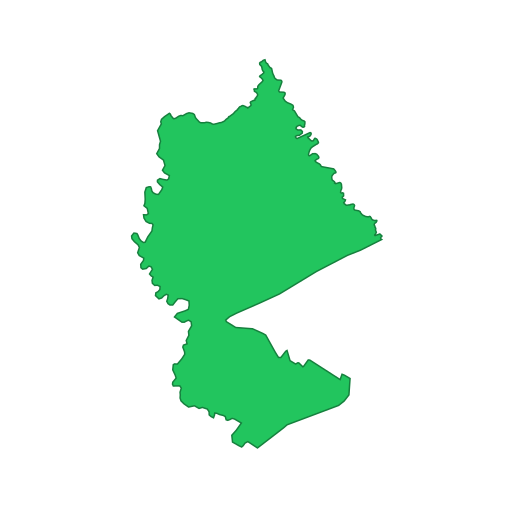 Arbolito, Cerro Largo, Uruguay (Mercator projection), rotated 215°
{"feature_id": "84410073B155313044366", "entity_name": "Arbolito", "entity_type": "district", "adm_level": 2, "iso_a3": "URY", "parent_name": "Uruguay", "parent_adm1": "Cerro Largo", "projection": "mercator", "projection_center": [-54.143, -32.623], "detail": "fine", "context": "isolated", "style": "filled", "palette": "green", "viewbox_px": 512, "rotation_deg": 215, "n_neighbors": 0, "source": "geoboundaries", "source_scale": "gbopen_adm2", "svg_char_len": 6141}
<svg xmlns="http://www.w3.org/2000/svg" viewBox="0 0 512 512"><g transform="rotate(215 256 256)"><path d="M162.5,341.6L163.6,341.6L164.5,342.5L164.5,343.0L164.1,344.1L164.4,344.7L167.2,345.1L169.9,341.3L170.3,341.0L170.7,341.1L170.9,341.4L170.7,342.3L171.0,344.4L173.2,345.9L173.3,346.6L173.7,347.2L174.2,347.6L174.9,347.7L175.5,348.5L177.1,349.3L177.4,350.2L177.5,350.8L176.9,352.4L177.1,354.0L177.4,354.4L178.0,354.2L178.9,353.2L181.3,352.4L182.4,352.6L183.2,353.1L185.0,353.8L185.7,353.6L186.5,352.4L189.0,351.2L192.3,350.7L193.0,350.8L195.2,351.4L196.0,352.0L197.2,352.0L198.1,351.8L201.4,350.3L202.2,350.3L203.0,350.9L203.6,351.9L203.9,353.1L204.3,354.0L205.0,354.3L205.8,354.4L206.6,354.0L208.2,352.3L208.3,351.8L209.5,350.9L210.0,350.3L211.2,349.3L212.4,349.5L213.6,349.4L214.8,350.1L214.5,351.2L214.6,352.3L214.9,353.3L218.1,352.7L219.1,353.7L218.7,355.5L220.3,357.6L221.4,357.4L221.8,356.8L222.2,356.5L223.2,356.6L224.1,358.4L224.3,359.8L224.9,361.1L227.2,363.8L228.4,364.4L229.5,364.3L232.1,361.1L232.6,360.8L233.4,360.8L233.4,361.4L234.3,361.8L237.3,362.0L238.9,363.6L239.7,365.0L239.7,366.8L239.4,368.8L238.8,369.3L238.4,370.0L238.5,370.4L239.2,371.0L241.4,371.7L242.4,371.9L253.4,366.9L254.2,366.9L255.5,367.6L256.9,367.8L259.9,367.4L261.4,367.5L262.3,367.9L261.8,370.0L261.0,371.3L260.8,372.1L261.1,372.9L262.0,373.5L264.6,374.2L266.1,373.9L268.3,372.3L269.5,368.9L270.0,368.6L270.5,368.6L271.2,369.2L272.0,371.1L272.6,373.2L272.9,375.7L272.4,377.8L270.4,382.6L270.0,383.0L269.8,384.6L270.3,385.1L272.4,386.3L273.4,386.6L275.0,386.4L275.4,386.0L275.2,383.3L276.1,382.3L276.9,382.1L281.4,382.7L281.9,383.2L281.0,384.3L280.6,385.2L280.6,387.0L281.1,388.0L281.9,388.4L282.6,388.0L289.6,375.9L290.3,375.6L291.5,375.9L292.1,376.3L292.2,376.6L291.7,378.0L289.7,379.8L288.6,383.2L289.4,384.6L291.5,385.0L293.4,383.7L293.6,383.4L293.9,383.2L296.0,383.1L296.6,383.5L296.8,384.0L296.6,384.3L297.0,385.3L296.0,387.2L295.3,388.0L294.5,388.5L293.2,388.2L291.4,388.4L290.7,389.1L290.6,390.2L291.4,391.0L291.6,391.5L291.6,392.0L292.9,394.0L294.1,394.2L295.8,393.7L297.6,393.7L299.7,394.3L301.5,394.1L307.7,396.9L309.5,396.8L310.1,397.0L310.5,399.1L311.3,400.0L312.2,400.6L314.3,400.5L318.4,399.6L320.8,399.6L323.6,400.6L324.4,401.0L324.8,404.8L325.6,406.2L327.0,406.2L330.8,403.8L331.5,404.0L332.2,404.3L334.5,413.1L334.9,413.8L335.6,414.2L336.2,414.3L337.1,413.9L338.9,412.7L339.8,412.3L342.2,412.4L343.1,412.7L344.9,414.0L345.6,414.3L347.2,415.3L350.7,418.5L351.9,418.6L352.3,418.3L355.2,419.2L356.8,420.1L358.0,419.9L359.5,420.5L361.2,421.9L362.3,420.5L362.8,418.4L363.6,417.2L363.7,416.1L362.7,415.0L360.1,414.5L357.8,412.3L356.5,411.5L355.3,411.4L354.7,410.5L355.3,407.8L356.1,406.0L355.9,405.0L353.9,404.9L352.2,404.5L350.9,403.8L350.9,402.3L351.8,398.3L351.9,396.6L351.7,395.7L350.9,394.6L350.9,393.8L351.4,393.2L353.4,391.8L353.3,391.4L352.2,390.6L351.7,390.0L350.1,390.2L348.8,390.0L347.4,389.3L347.0,388.9L346.7,387.2L346.9,385.9L346.6,385.3L347.0,384.6L346.3,382.8L347.2,382.1L348.7,379.4L348.8,379.0L348.7,378.4L346.8,377.1L346.5,376.6L346.6,375.5L346.9,374.9L347.6,372.6L347.9,372.4L348.5,372.7L349.7,372.3L350.8,372.3L352.0,372.0L353.1,371.7L353.8,370.9L354.0,370.1L354.8,369.1L355.1,367.7L354.9,367.0L355.3,365.6L355.1,365.1L355.9,362.5L356.2,359.6L357.8,354.9L358.2,354.6L358.2,354.1L358.0,353.9L358.1,353.0L358.9,350.7L359.2,348.5L360.9,345.5L362.4,344.1L363.7,342.4L366.2,339.6L367.3,339.1L369.6,338.9L371.8,338.0L373.5,337.0L374.6,335.6L377.6,333.5L379.1,333.2L383.7,334.2L385.1,334.7L387.6,336.5L389.6,336.5L393.0,334.9L394.6,332.8L396.4,328.9L398.1,328.1L399.4,326.3L400.8,322.8L402.0,321.3L403.5,321.4L405.3,322.0L406.5,322.2L406.9,322.8L407.9,323.2L408.8,323.2L410.9,317.6L411.8,313.8L411.0,311.3L409.3,309.9L408.5,302.2L400.0,295.2L398.9,291.9L396.7,288.7L396.0,282.9L392.3,281.6L386.8,281.5L382.4,277.9L381.8,272.6L378.6,271.6L373.1,272.2L371.8,269.0L372.5,267.1L376.4,265.3L379.1,264.3L380.2,261.6L379.3,260.2L375.8,259.3L372.0,259.0L371.2,256.4L371.2,250.5L373.4,249.2L376.6,248.8L378.6,249.5L380.4,251.2L382.0,252.2L383.3,251.4L385.1,249.1L383.7,244.6L379.3,238.9L377.2,235.4L376.6,232.9L372.4,232.6L368.5,229.0L369.2,226.9L371.8,225.3L369.5,222.8L365.8,221.2L362.0,221.7L359.9,223.0L358.2,222.5L357.1,219.7L355.6,216.8L355.6,209.6L354.7,203.7L355.9,202.5L358.7,202.4L361.6,203.3L365.0,205.5L366.4,206.1L368.0,205.4L369.2,204.7L369.4,201.0L367.5,199.0L363.9,198.0L359.0,197.5L356.4,196.1L354.8,190.8L351.9,189.4L346.7,189.9L345.6,187.8L345.7,183.1L343.5,180.4L341.3,180.2L338.7,182.8L338.0,186.3L335.7,187.0L333.2,185.7L332.9,180.2L330.5,179.6L328.2,179.7L327.2,176.4L325.2,174.2L322.1,173.8L320.0,175.5L317.1,176.0L315.5,173.4L315.8,170.6L316.9,168.4L315.6,165.9L310.9,165.2L309.2,167.5L308.7,170.5L307.5,173.2L305.5,173.6L303.9,170.4L303.1,167.7L300.7,166.5L298.4,166.5L296.1,168.1L295.9,172.0L295.5,176.2L292.0,178.8L288.5,179.9L285.1,180.7L282.4,177.3L280.8,173.5L282.7,170.3L287.5,163.9L287.8,159.3L278.7,159.3L276.8,160.6L275.5,163.2L274.3,164.8L271.4,164.9L268.7,161.9L268.1,155.5L265.5,152.5L264.7,146.8L262.1,144.5L264.3,141.4L263.7,139.4L259.5,136.5L258.0,134.6L257.8,129.2L258.4,122.4L260.9,120.8L261.4,119.5L258.9,115.0L253.9,112.1L251.4,110.2L251.8,104.9L250.9,103.1L249.2,102.1L243.9,105.9L241.4,104.9L240.1,100.9L238.3,98.7L236.7,96.1L234.3,94.3L230.2,93.6L224.6,93.6L220.5,98.0L215.2,98.5L213.1,101.2L208.1,102.7L205.1,101.5L203.2,99.0L200.7,98.7L198.0,99.1L198.8,102.0L199.7,103.7L197.8,104.7L195.0,105.2L191.4,106.6L189.1,106.9L186.5,104.7L184.9,105.2L183.5,107.2L182.5,109.2L180.3,110.1L172.2,110.8L172.2,102.1L173.0,95.3L168.5,90.1L161.2,90.8L158.2,91.3L157.7,93.3L157.7,96.4L156.2,99.3L144.7,99.6L134.9,130.9L133.7,135.6L102.6,181.0L100.6,187.8L100.2,195.5L108.7,209.6L115.1,209.1L117.7,208.5L116.2,203.0L152.2,201.6L153.6,200.8L153.7,193.1L154.0,192.1L159.6,193.0L160.5,192.5L161.6,190.2L168.1,189.8L176.4,196.4L177.0,195.0L177.4,187.1L179.4,185.8L185.0,188.2L202.7,196.8L205.9,196.5L217.1,194.4L231.6,185.8L242.5,185.2L244.1,186.1L242.8,191.2L239.1,198.1L226.0,219.6L215.0,238.4L197.6,278.0L181.4,309.1L173.8,320.6L162.5,341.6Z" fill="#22c55e" stroke="#15803d" stroke-width="1.5"/></g></svg>